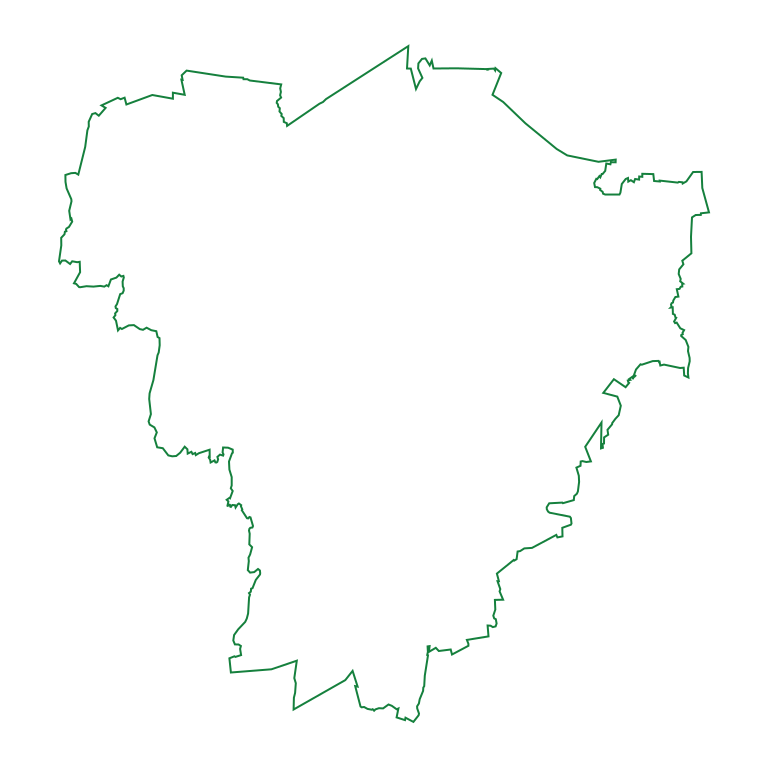 the district of Manuel Doblado, Guanajuato, Mexico
{"feature_id": "50627088B80639754802347", "entity_name": "Manuel Doblado", "entity_type": "district", "adm_level": 2, "iso_a3": "MEX", "parent_name": "Mexico", "parent_adm1": "Guanajuato", "projection": "equal_earth", "projection_center": [-101.875, 20.693], "detail": "fine", "context": "isolated", "style": "outline", "palette": "green", "viewbox_px": 768, "rotation_deg": 0, "n_neighbors": 0, "source": "geoboundaries", "source_scale": "gbopen_adm2", "svg_char_len": 6039}
<svg xmlns="http://www.w3.org/2000/svg" viewBox="0 0 768 768"><path d="M69.2,210.8L70.5,219.5L71.4,218.6L72.2,221.6L69.0,226.9L66.4,228.6L66.0,229.6L66.4,231.2L64.9,231.7L64.5,234.3L61.2,237.8L61.3,245.4L59.0,261.3L60.1,263.4L62.0,260.6L65.4,260.5L70.1,264.0L72.2,261.3L77.2,262.2L79.7,261.8L80.1,272.2L74.0,283.3L76.2,283.9L79.1,287.1L80.3,287.2L86.5,286.2L93.4,286.6L100.3,285.9L104.3,286.6L106.6,285.2L108.4,286.3L110.9,279.5L116.4,277.6L119.2,274.7L121.3,276.5L123.4,275.9L123.8,277.5L122.6,281.6L122.8,286.3L123.7,288.2L123.7,290.6L122.6,293.2L120.2,294.1L117.0,304.1L115.5,306.4L115.8,308.1L117.3,309.0L117.3,311.0L115.1,313.4L115.4,315.2L113.6,317.5L116.0,320.7L118.0,330.4L120.1,327.9L121.9,329.0L128.8,325.4L133.9,325.1L139.8,329.1L143.0,329.8L146.6,327.7L151.3,330.2L156.3,331.2L157.6,337.0L159.5,338.1L159.7,345.2L158.7,352.5L157.5,355.3L153.4,380.1L149.6,393.3L149.2,399.0L150.9,414.1L148.6,421.4L149.7,424.6L154.4,427.4L156.8,432.4L154.5,438.3L157.2,447.3L162.8,448.2L168.3,455.4L172.2,456.3L176.2,456.0L180.2,452.7L184.7,446.7L187.4,449.3L187.7,453.6L191.4,451.8L192.6,454.1L195.2,453.0L195.8,455.1L198.9,453.2L209.6,449.7L209.7,456.8L209.0,456.6L208.7,457.6L210.1,459.6L210.6,462.5L214.5,460.4L215.4,462.4L216.5,462.5L217.3,461.9L218.1,459.3L217.4,456.9L220.0,454.6L223.1,455.6L223.5,454.4L222.6,452.4L223.1,447.5L228.1,447.7L232.7,449.6L232.8,452.7L232.0,453.3L229.0,461.5L229.4,469.6L231.7,477.1L231.7,485.5L230.8,488.3L232.7,491.0L230.1,498.1L229.7,497.7L226.7,499.8L228.4,501.4L227.3,506.5L228.9,504.6L229.9,504.8L230.2,506.6L230.9,506.9L232.3,505.0L235.0,505.2L235.6,507.5L237.7,504.3L238.9,503.5L241.2,505.2L240.9,506.2L242.3,509.4L241.8,510.2L247.0,518.2L248.2,518.4L249.4,517.0L250.5,517.4L253.0,526.0L252.4,527.5L250.3,527.8L249.4,528.8L249.0,530.6L249.7,533.7L249.3,544.4L252.1,547.2L250.1,554.5L248.5,557.7L248.8,561.2L247.8,570.1L250.1,572.6L254.2,572.1L258.0,569.0L259.9,570.5L260.2,573.1L260.0,574.5L255.8,579.9L252.5,588.2L251.1,588.7L250.8,591.7L249.0,593.1L250.0,594.7L249.1,597.3L248.1,613.5L246.8,618.5L245.2,621.9L238.2,629.3L234.1,635.0L233.3,640.5L234.9,644.4L238.6,644.5L240.9,646.0L240.1,648.9L241.1,655.1L235.4,656.9L234.4,656.3L229.4,658.3L230.9,672.5L271.4,669.3L296.8,660.7L294.3,678.1L295.8,683.2L295.1,692.9L293.9,697.7L293.6,709.5L345.3,680.1L352.6,670.9L357.6,686.6L355.2,686.1L360.5,706.5L361.6,707.3L364.1,707.0L367.5,708.9L371.7,709.7L372.7,709.2L374.1,710.7L375.4,709.4L378.9,708.2L383.1,708.4L388.5,704.5L391.8,705.8L396.7,709.3L398.4,708.5L396.6,717.4L405.0,720.1L405.5,717.7L413.4,721.9L418.6,715.3L419.0,713.6L417.2,708.4L417.1,706.3L418.9,703.5L419.7,699.2L423.1,690.9L423.3,687.6L424.2,686.2L424.8,675.6L428.0,655.3L427.2,655.0L427.9,651.9L427.6,646.4L429.6,646.1L428.9,651.9L435.8,647.8L438.8,651.0L450.7,649.5L452.0,654.5L468.4,645.8L468.4,643.8L466.9,639.9L488.5,636.4L487.6,625.5L490.6,625.7L492.8,627.1L495.6,626.4L496.6,623.5L495.8,619.2L494.2,618.4L493.3,615.7L495.3,609.6L494.9,599.9L503.1,599.7L499.6,591.4L500.3,589.1L497.5,581.2L498.9,581.2L496.9,573.6L513.7,560.0L514.2,560.6L516.6,559.2L517.6,551.5L520.1,551.1L524.3,548.4L532.0,547.9L556.3,534.9L557.4,537.4L562.5,536.4L562.3,527.8L570.9,524.7L571.5,523.5L570.9,518.1L569.9,516.7L549.6,512.7L548.1,511.6L546.8,509.2L546.7,507.3L549.2,503.3L562.3,502.6L562.9,503.2L573.8,500.1L574.2,496.1L576.9,493.7L577.9,491.4L579.1,481.9L578.8,475.7L576.4,467.6L580.5,465.8L580.7,461.5L582.4,461.1L586.3,462.0L590.9,461.4L585.2,446.8L601.5,422.5L601.0,448.4L602.9,447.8L602.5,444.0L604.0,443.5L604.1,437.4L608.2,434.7L607.5,429.8L612.1,424.3L612.2,423.1L615.4,418.8L618.7,415.2L620.8,405.7L617.3,396.6L603.3,392.9L613.9,379.2L625.6,387.2L629.1,382.9L628.4,382.4L627.8,380.5L630.2,379.9L629.2,379.0L633.0,376.3L633.0,379.3L633.4,376.5L634.4,376.8L635.4,375.8L634.1,374.7L636.0,369.5L640.5,364.3L641.8,364.7L652.7,361.1L658.5,360.9L659.1,362.2L659.6,361.9L660.3,365.5L664.0,364.6L680.1,368.0L683.7,367.7L684.2,375.5L688.4,377.5L687.9,373.3L688.1,368.0L689.7,361.3L689.6,357.9L688.0,351.1L688.4,346.9L685.7,340.0L681.2,336.0L681.2,335.1L682.8,334.2L682.5,332.9L684.1,330.1L680.3,328.3L676.7,322.6L675.1,323.1L674.1,321.5L676.2,317.8L675.5,317.5L674.7,314.7L672.9,313.9L672.7,307.3L670.6,307.6L671.6,306.5L671.0,304.7L671.6,303.2L673.0,302.5L673.3,300.5L675.4,297.0L678.4,296.6L676.8,289.2L679.5,288.9L680.7,286.8L682.3,286.5L682.2,283.9L683.2,283.7L680.2,281.3L680.7,278.9L678.7,274.0L679.2,269.4L683.4,264.3L682.3,260.7L691.4,253.3L691.0,236.8L692.0,217.4L695.7,215.0L700.8,214.9L700.9,213.3L709.0,212.4L702.3,188.0L701.6,171.9L693.1,172.0L686.4,181.4L682.7,183.5L682.5,182.3L678.9,181.9L677.8,182.6L659.7,180.6L659.8,181.5L654.1,181.0L653.3,174.1L642.3,173.8L642.3,176.8L639.2,176.5L639.1,179.6L635.1,179.0L633.9,182.2L630.9,180.2L628.3,181.6L628.0,178.0L625.7,179.0L621.8,184.0L620.4,192.7L619.5,194.5L605.1,194.5L603.1,193.7L602.6,191.8L600.1,189.9L600.3,188.7L597.3,187.2L595.0,187.1L594.2,183.0L596.3,178.8L597.2,179.1L599.4,176.1L600.3,177.3L601.7,174.0L602.6,174.0L605.2,170.9L606.3,163.5L610.4,164.3L610.9,162.2L615.6,162.3L615.7,159.6L598.5,161.8L567.2,155.4L556.7,149.0L525.4,123.3L503.2,102.0L492.5,94.8L501.2,73.0L495.5,68.2L495.1,70.4L493.9,68.6L487.3,69.0L487.7,69.6L487.1,69.7L486.4,69.1L456.6,68.3L433.5,68.5L431.8,60.6L429.7,65.4L425.4,58.4L422.0,58.9L418.4,63.4L418.1,68.4L422.4,77.9L419.7,81.3L416.0,89.0L410.8,68.6L407.0,68.5L408.3,46.1L326.0,99.1L323.0,102.0L319.5,103.7L287.1,125.9L286.8,123.2L283.8,121.9L283.7,118.1L281.3,115.9L281.7,114.0L279.5,111.5L279.8,108.2L278.2,106.7L277.9,104.3L276.7,102.9L277.0,101.0L281.1,97.6L280.1,95.2L280.9,91.9L280.2,88.4L281.2,84.4L249.8,80.5L247.3,79.2L243.5,79.2L243.2,77.7L225.7,76.6L186.6,70.6L181.7,75.3L182.6,79.9L181.4,79.7L184.7,94.8L172.9,92.7L172.9,98.7L152.3,95.0L126.4,104.5L124.6,97.7L120.6,99.2L117.8,97.8L101.5,105.4L105.6,107.9L98.8,115.7L95.4,113.1L92.2,114.0L88.7,121.8L88.8,126.5L87.4,130.3L85.2,146.9L78.3,174.6L75.4,172.9L71.1,173.2L65.4,175.0L65.5,181.9L66.6,188.4L71.3,199.2L71.5,201.3L69.2,210.8Z" fill="none" stroke="#15803d" stroke-width="2"/></svg>